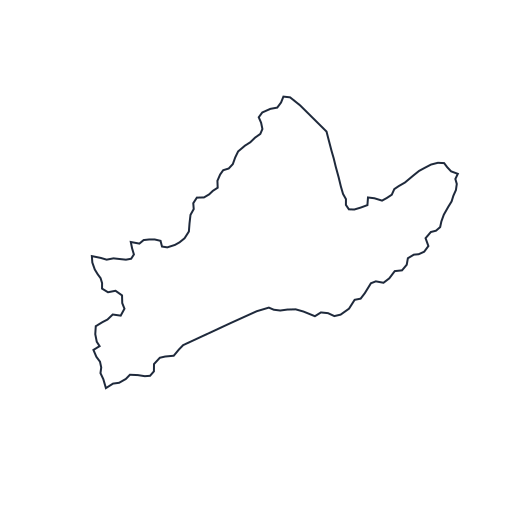 outline of Jerônimo Monteiro, Espírito Santo, Brazil, rotated 224°
{"feature_id": "56859067B21452622796609", "entity_name": "Jerônimo Monteiro", "entity_type": "district", "adm_level": 2, "iso_a3": "BRA", "parent_name": "Brazil", "parent_adm1": "Espírito Santo", "projection": "mercator", "projection_center": [-41.39, -20.797], "detail": "fine", "context": "isolated", "style": "outline", "palette": "slate", "viewbox_px": 512, "rotation_deg": 224, "n_neighbors": 0, "source": "geoboundaries", "source_scale": "gbopen_adm2", "svg_char_len": 2128}
<svg xmlns="http://www.w3.org/2000/svg" viewBox="0 0 512 512"><g transform="rotate(224 256 256)"><path d="M151.9,425.1L153.2,431.1L155.9,436.5L158.0,442.3L161.6,447.3L166.1,449.9L167.9,455.3L174.5,452.4L180.2,452.7L185.2,453.5L189.9,449.4L193.6,443.4L196.0,436.2L197.8,430.5L198.7,423.5L199.9,412.3L201.9,405.4L203.0,400.2L200.9,394.4L202.2,388.6L203.8,383.4L210.9,379.8L216.1,375.9L211.2,370.0L214.4,363.4L217.6,357.7L221.6,354.1L226.8,355.2L230.8,359.4L236.5,361.1L243.3,365.0L251.2,370.0L260.8,375.7L267.9,380.2L274.7,384.1L287.0,391.6L291.7,394.5L328.9,395.0L341.7,393.8L347.0,389.7L344.6,383.8L343.8,377.5L347.9,371.8L351.2,363.6L350.4,357.7L344.9,355.4L339.6,351.8L337.7,346.8L338.9,340.5L339.1,333.9L340.6,327.7L341.5,318.8L339.4,312.4L336.5,306.0L336.4,300.0L339.2,294.9L338.4,289.7L336.0,283.3L331.0,278.5L332.3,272.9L332.5,267.8L334.1,262.0L339.1,256.9L337.8,250.4L333.4,246.5L331.7,240.1L326.5,233.3L321.3,227.0L319.7,219.1L320.5,212.7L322.0,207.7L325.8,200.6L330.2,197.5L335.2,200.6L340.4,197.5L344.4,193.6L347.9,189.4L348.5,183.9L355.8,179.1L350.4,175.4L344.9,172.3L343.9,167.3L347.0,163.0L351.6,159.4L356.9,155.3L360.9,149.6L366.3,146.8L374.0,141.9L369.2,137.6L362.6,134.3L357.2,132.9L352.4,132.1L347.9,129.6L344.1,125.6L337.3,127.1L332.9,133.4L325.0,134.6L319.5,129.2L314.0,126.7L311.9,119.1L318.4,114.4L318.7,107.1L320.5,101.8L322.5,94.2L317.3,88.1L311.0,83.7L305.9,82.5L307.7,75.5L300.8,72.6L294.8,71.6L289.9,68.3L286.5,63.7L280.2,61.3L272.2,56.7L270.2,64.9L266.4,69.7L264.2,77.2L264.2,83.0L258.2,88.3L252.5,92.3L249.0,96.2L249.3,102.1L254.3,107.4L254.5,116.0L251.5,120.6L245.9,127.1L246.5,135.3L246.5,141.3L227.6,190.3L217.1,216.8L210.9,227.8L205.9,229.7L200.7,233.6L196.2,239.3L190.4,245.2L183.3,249.0L177.6,251.3L171.8,253.6L170.1,260.5L164.5,264.9L157.9,267.2L154.4,272.6L152.5,282.7L154.6,293.0L151.1,298.0L151.9,304.8L154.4,316.2L152.2,321.0L145.7,325.3L144.6,332.5L145.7,341.5L141.0,347.1L141.5,354.4L145.2,359.9L143.4,366.6L140.2,370.3L138.0,375.9L138.9,382.9L146.4,386.6L146.9,394.7L144.1,399.2L143.6,404.7L146.7,409.7L149.6,416.2L151.9,425.1Z" fill="none" stroke="#1e293b" stroke-width="2"/></g></svg>